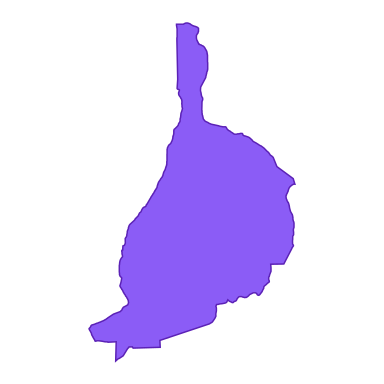 San Rafael, Heredia, Costa Rica
{"feature_id": "36466004B33619943127012", "entity_name": "San Rafael", "entity_type": "district", "adm_level": 2, "iso_a3": "CRI", "parent_name": "Costa Rica", "parent_adm1": "Heredia", "projection": "mercator", "projection_center": [-84.081, 10.06], "detail": "fine", "context": "isolated", "style": "filled", "palette": "violet", "viewbox_px": 384, "rotation_deg": 0, "n_neighbors": 0, "source": "geoboundaries", "source_scale": "gbopen_adm2", "svg_char_len": 5981}
<svg xmlns="http://www.w3.org/2000/svg" viewBox="0 0 384 384"><path d="M294.9,184.2L293.2,178.6L276.9,166.6L273.2,157.4L272.2,156.4L271.0,155.5L270.5,155.3L268.5,152.4L267.0,151.2L264.0,148.1L260.9,145.8L260.7,145.8L259.4,145.2L258.7,144.6L257.5,143.9L256.3,143.1L253.3,141.5L252.7,140.9L251.9,139.8L249.8,138.0L249.7,137.8L248.2,137.0L244.9,135.9L244.4,135.9L243.6,135.5L242.9,134.9L242.7,134.0L242.1,133.4L240.4,133.4L239.2,133.8L237.3,133.9L236.6,134.2L234.8,134.2L234.4,134.1L233.3,133.6L233.0,133.2L231.0,132.0L230.3,131.3L228.7,130.5L228.2,130.0L227.9,129.9L227.3,129.3L226.0,127.1L225.6,126.8L223.1,126.8L220.2,126.3L218.3,125.7L211.3,124.2L208.9,123.2L208.1,122.6L206.4,121.8L206.0,121.7L205.8,121.5L205.2,121.2L204.7,120.7L203.3,118.9L202.9,116.8L202.6,116.1L202.6,115.4L202.2,114.7L202.2,113.7L202.0,112.8L202.0,110.6L201.8,110.1L202.0,101.9L202.1,101.3L202.7,99.8L202.7,98.8L202.6,97.9L201.8,96.6L201.3,95.0L201.3,94.3L201.1,93.9L201.1,93.2L200.5,90.9L200.5,89.4L200.7,87.0L205.7,77.6L206.0,75.7L206.3,75.0L206.5,73.5L206.7,73.3L206.7,72.5L207.5,70.5L207.5,69.7L207.7,69.4L207.7,62.7L207.5,62.0L207.5,55.0L207.3,54.7L207.3,53.9L207.1,53.7L207.1,52.9L206.7,51.1L206.3,50.7L206.1,50.0L205.6,49.4L205.5,49.1L204.6,47.5L204.1,46.9L203.1,46.0L202.0,45.6L201.4,45.1L199.3,44.4L199.3,44.1L199.1,43.9L198.7,43.9L198.4,43.3L198.2,42.6L197.9,42.3L197.9,42.0L197.3,41.1L197.3,40.8L196.8,40.0L196.4,38.2L196.4,35.5L197.1,34.2L198.0,33.0L198.3,31.6L198.5,31.4L198.5,28.3L197.6,27.4L195.6,26.5L195.3,26.5L194.6,26.2L193.8,26.1L193.6,25.9L192.9,25.7L191.1,24.7L190.0,23.8L188.6,23.3L187.6,23.0L186.0,23.0L184.3,23.6L183.5,24.2L176.5,24.2L176.5,25.4L177.1,28.9L177.1,37.1L176.9,37.8L176.9,40.4L177.7,79.4L177.1,88.4L177.4,89.0L177.7,89.2L178.7,89.5L179.4,90.0L179.3,90.8L178.6,92.6L178.6,93.8L178.8,94.8L179.2,95.6L180.5,97.4L181.0,98.6L181.5,99.1L181.9,101.0L181.9,102.9L181.8,103.3L181.8,103.9L182.0,105.1L182.0,106.7L182.5,108.5L181.9,110.8L181.0,113.3L180.6,117.2L180.1,119.0L180.1,121.1L179.5,122.4L179.0,123.0L178.5,124.0L178.2,125.3L177.4,126.3L175.0,128.7L174.3,129.2L174.0,129.7L173.8,130.8L173.8,133.6L173.6,134.2L173.6,134.9L173.1,135.8L173.1,136.6L172.9,136.7L172.8,138.2L172.2,140.4L170.7,143.5L168.7,145.2L167.4,147.9L167.3,149.1L167.1,149.3L167.1,153.5L167.0,154.2L167.0,160.9L166.8,161.6L166.8,164.3L166.6,164.6L166.6,165.4L166.4,165.6L166.4,166.0L166.0,166.6L165.9,167.3L165.6,167.9L165.2,169.6L164.8,170.1L164.3,171.2L164.1,171.5L163.6,172.5L163.4,173.6L163.1,174.2L162.9,175.6L162.5,176.1L162.5,176.4L162.3,176.6L162.2,177.0L160.8,178.7L159.9,180.3L159.2,181.2L158.4,182.5L158.4,182.8L157.8,184.2L157.8,184.6L157.6,184.8L157.6,185.1L157.2,186.1L157.0,187.6L156.4,188.3L156.0,189.2L155.7,189.4L155.3,190.1L155.2,190.4L154.9,190.6L154.9,191.0L154.1,192.1L153.9,192.8L152.7,194.3L152.7,194.7L152.1,195.4L151.4,196.6L151.0,197.0L150.4,198.4L150.1,198.7L146.8,204.5L146.5,204.5L145.7,206.5L143.7,207.3L142.9,208.0L141.9,209.6L141.1,211.5L140.6,212.2L139.7,212.8L139.3,213.4L138.1,216.0L137.3,216.7L136.3,217.9L135.5,218.4L134.6,220.1L130.0,224.3L129.2,225.4L128.4,227.7L128.4,228.5L127.3,231.2L127.2,233.0L126.8,234.8L126.8,235.6L126.2,237.1L125.5,238.0L125.2,238.6L125.3,243.2L124.9,244.1L124.5,245.2L124.1,245.5L123.1,245.7L122.9,246.2L122.7,250.0L122.0,250.2L121.8,250.6L121.8,251.6L122.0,252.2L122.0,254.0L122.4,255.1L122.5,256.8L121.2,258.3L120.2,260.2L119.7,262.3L119.5,264.5L119.3,265.5L119.3,272.0L119.5,273.2L119.5,274.7L120.2,276.4L121.4,277.5L121.7,278.0L121.5,279.5L121.0,282.2L119.9,285.9L120.6,287.4L121.6,288.8L121.7,289.3L122.5,290.2L123.4,292.3L123.8,292.7L123.8,292.9L124.4,294.0L124.9,294.5L125.6,295.8L125.6,296.0L126.6,297.1L127.0,298.1L127.5,298.7L127.9,299.9L128.2,300.2L128.3,300.5L128.4,302.0L128.6,302.5L127.8,304.8L125.6,306.1L123.4,307.2L122.5,308.5L122.2,309.0L122.0,309.8L120.2,311.6L113.5,314.1L107.6,318.0L107.3,318.4L106.8,318.6L105.7,319.5L105.2,319.6L104.4,320.2L102.5,321.1L101.1,321.6L100.6,322.0L99.4,322.3L97.6,323.1L96.9,323.2L94.6,324.2L91.6,325.1L91.0,325.7L90.8,326.4L90.1,327.5L89.9,327.7L89.1,328.5L89.1,329.0L89.6,330.1L90.0,330.7L91.1,332.7L91.5,333.6L91.5,334.1L91.7,334.5L91.8,335.0L93.0,337.1L93.0,337.3L94.6,339.9L95.1,341.1L95.8,341.2L96.9,340.8L99.4,340.8L99.5,340.9L101.9,341.2L105.0,341.8L107.4,341.9L107.9,342.2L116.2,341.8L115.7,361.0L118.3,358.7L119.3,358.4L123.2,355.8L127.8,348.3L128.5,347.9L129.1,346.9L132.4,346.9L133.1,348.1L160.2,347.3L159.9,340.4L209.6,323.8L210.2,323.3L211.9,322.4L212.6,321.7L214.9,318.3L215.9,316.2L215.8,313.9L216.4,310.9L216.4,308.2L216.2,307.0L215.9,306.6L215.9,306.1L216.2,305.6L216.3,305.0L216.6,304.5L218.1,304.4L219.8,303.9L222.0,303.7L224.1,303.3L225.7,302.9L226.7,302.2L227.8,299.8L229.3,301.2L231.4,302.1L232.2,302.6L233.0,302.6L234.4,301.4L235.3,301.2L236.3,300.6L237.2,298.7L238.6,297.0L239.6,296.6L241.6,296.6L242.8,297.1L243.9,297.3L244.3,297.5L245.0,297.6L245.4,297.4L246.5,297.4L248.5,295.9L249.6,294.6L253.3,292.8L255.4,292.8L256.7,293.5L257.1,294.5L257.6,295.0L258.5,295.3L259.1,295.2L259.6,294.6L259.8,294.6L261.9,291.9L262.4,290.9L262.8,289.9L263.7,288.4L263.8,287.0L264.3,286.1L266.4,284.4L267.4,283.3L269.0,282.2L269.3,281.7L269.2,280.7L268.7,279.5L268.7,277.6L268.9,276.8L269.1,276.7L269.5,275.7L269.5,275.1L271.0,271.3L271.0,267.9L270.7,264.2L283.8,264.0L291.9,248.4L291.9,248.1L293.4,245.9L293.4,245.2L292.6,244.1L292.5,240.9L292.7,239.2L292.7,236.5L292.9,236.0L293.6,234.8L293.6,232.1L293.4,230.7L293.4,229.2L294.0,227.3L294.0,223.1L293.7,221.7L293.2,220.7L293.2,220.2L292.9,219.3L292.9,217.3L292.7,217.2L292.7,216.2L292.3,214.6L290.9,212.2L290.5,211.4L289.6,208.1L289.3,206.1L289.1,205.1L288.9,204.7L288.9,204.3L288.3,202.6L287.9,202.3L287.8,201.9L287.0,200.6L286.8,199.7L286.3,198.7L286.0,196.7L286.1,195.5L286.4,195.2L286.4,194.7L287.4,192.8L287.8,191.7L288.0,191.5L288.3,190.1L288.5,189.8L288.8,188.6L289.4,187.6L289.7,187.3L290.0,186.7L292.0,185.1L293.3,184.3L293.5,184.3L293.9,184.1L294.9,184.2Z" fill="#8b5cf6" stroke="#5b21b6" stroke-width="1.5"/></svg>